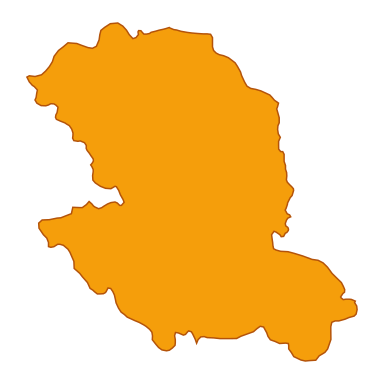 the district of Gomel, Gomel, Belarus
{"feature_id": "67162791B13261784360532", "entity_name": "Gomel", "entity_type": "district", "adm_level": 2, "iso_a3": "BLR", "parent_name": "Belarus", "parent_adm1": "Gomel", "projection": "albers", "projection_center": [30.956, 52.323], "detail": "fine", "context": "isolated", "style": "filled", "palette": "amber", "viewbox_px": 384, "rotation_deg": 0, "n_neighbors": 0, "source": "geoboundaries", "source_scale": "gbopen_adm2", "svg_char_len": 4054}
<svg xmlns="http://www.w3.org/2000/svg" viewBox="0 0 384 384"><path d="M169.3,27.5L165.8,28.6L163.2,29.3L159.0,30.2L155.6,31.2L151.1,32.3L149.5,33.5L146.4,34.1L143.9,34.1L142.3,32.4L140.9,30.7L138.6,30.6L138.0,31.9L138.4,34.6L136.0,37.6L132.9,38.6L129.2,34.6L126.5,30.2L122.8,26.1L117.8,23.0L110.3,23.7L104.6,27.4L100.9,30.4L99.8,34.8L99.1,39.9L96.4,46.3L92.4,48.3L88.0,47.6L81.2,45.2L76.8,43.5L68.0,42.8L63.3,46.8L58.5,50.5L54.1,56.3L52.4,61.7L49.3,66.7L45.6,71.1L41.5,74.8L35.1,76.5L29.3,75.8L26.9,77.1L27.0,77.3L29.3,81.9L32.3,85.3L34.3,86.6L37.4,90.0L36.7,93.4L36.1,97.5L35.0,100.0L36.9,103.2L41.1,105.6L45.8,105.8L48.4,105.0L50.8,103.7L53.9,103.9L55.8,105.0L58.0,107.2L57.1,112.5L55.9,114.9L55.5,117.3L56.4,119.3L60.4,121.1L64.9,122.9L66.7,124.1L69.3,125.6L71.7,129.1L73.0,133.1L72.9,136.0L72.6,138.1L73.8,140.6L77.9,141.3L80.2,140.9L84.5,142.7L86.3,145.5L86.2,148.4L87.1,150.4L89.3,153.2L91.0,155.8L93.2,158.9L93.4,161.1L92.1,163.3L90.7,164.9L91.8,166.5L93.2,169.5L93.2,171.7L92.6,175.7L92.9,180.1L95.3,182.9L100.4,186.3L105.5,188.3L110.9,188.7L113.3,187.3L115.0,186.3L116.4,186.7L118.7,190.4L120.4,194.8L123.1,199.6L124.1,202.3L121.4,205.4L119.7,205.4L117.3,203.0L115.0,202.0L110.9,202.6L107.5,204.0L103.7,206.3L101.7,207.7L98.6,208.7L94.9,207.0L93.5,206.0L91.8,203.9L89.1,201.5L86.4,204.6L82.3,207.6L79.6,207.6L72.8,207.3L71.4,213.7L68.7,214.7L60.8,217.8L57.1,218.1L49.3,219.7L42.1,220.0L38.7,223.1L39.0,228.2L43.4,234.7L46.8,238.1L48.5,242.5L48.5,246.6L50.8,247.3L53.9,246.7L57.7,244.3L60.0,244.3L63.4,245.3L67.9,249.1L69.9,252.2L73.9,261.4L74.2,268.5L79.7,273.3L82.4,276.8L87.5,282.6L90.1,288.4L92.8,290.1L94.5,291.7L97.3,293.9L100.2,293.9L103.4,293.7L105.4,292.6L106.1,291.7L108.0,288.0L110.7,288.5L112.8,291.5L114.4,295.0L115.4,299.4L116.1,302.9L118.5,308.1L121.1,312.1L124.4,314.5L127.2,317.1L134.8,320.6L139.2,322.4L143.6,324.8L146.0,326.3L149.7,329.4L151.9,332.2L152.5,335.9L152.3,339.7L155.8,344.2L158.6,347.5L161.9,349.9L166.5,350.8L169.4,350.2L172.4,348.0L175.0,345.4L175.3,342.9L175.3,339.7L174.6,335.7L175.5,332.5L178.3,332.9L183.4,335.1L185.5,334.4L187.3,332.2L188.6,330.9L191.4,331.8L192.8,334.2L195.2,339.2L196.6,343.2L198.1,339.6L200.8,336.9L204.2,336.6L207.2,337.6L213.7,337.9L220.1,338.6L229.9,338.6L236.6,338.5L241.0,336.2L248.8,333.4L253.5,331.7L256.9,328.7L260.2,326.3L263.6,327.0L266.7,332.7L268.0,336.4L270.4,339.8L275.2,341.5L279.6,343.5L285.6,343.1L288.3,343.5L288.7,345.5L288.7,348.9L291.4,352.6L293.8,356.6L300.9,360.0L305.3,361.0L309.4,360.6L315.8,360.2L319.2,355.8L324.9,352.4L327.6,349.0L330.9,339.5L330.8,331.1L330.8,326.7L331.8,322.3L335.2,320.9L338.9,320.9L345.0,319.2L349.0,317.5L354.1,316.1L356.1,314.1L357.1,309.7L356.7,306.0L354.6,302.6L355.3,301.1L351.3,299.4L349.1,299.2L346.0,299.2L343.2,299.6L341.2,297.9L340.6,297.0L342.9,293.5L344.5,292.2L344.7,289.6L343.3,286.3L341.4,282.6L337.6,278.9L332.1,273.5L327.5,267.2L323.1,262.9L318.1,260.3L312.0,259.4L302.8,256.0L294.3,253.4L288.0,251.7L280.6,251.3L276.0,250.0L273.6,248.7L272.9,245.4L272.7,242.8L272.0,238.0L271.6,234.7L274.0,231.3L276.1,232.1L279.9,234.7L281.2,236.7L283.6,236.4L285.3,233.2L286.8,232.5L288.3,230.5L288.5,229.2L287.9,227.5L285.7,225.8L285.3,223.4L286.6,219.9L287.9,218.1L290.7,216.8L289.6,214.9L287.2,213.8L285.2,210.1L286.1,208.3L287.4,204.4L287.6,202.9L290.2,197.7L292.1,195.5L293.6,190.5L293.4,188.7L291.6,186.6L289.7,184.8L287.3,182.2L286.4,179.9L286.8,175.9L286.6,172.5L285.5,169.2L285.5,165.5L284.1,161.4L284.1,157.3L284.1,154.3L282.7,151.6L280.7,151.6L278.7,149.2L278.6,145.8L278.6,141.4L280.3,137.3L278.3,133.9L277.6,129.5L277.9,125.8L279.2,122.8L279.2,117.7L277.7,112.3L276.7,108.9L277.5,106.9L278.5,103.1L274.4,100.2L272.4,97.8L269.8,95.0L267.0,93.7L260.9,90.9L255.9,89.4L250.7,88.4L247.0,86.2L244.6,82.1L241.6,75.6L240.5,71.9L237.5,66.5L235.1,62.8L231.2,59.8L228.4,57.7L223.6,55.7L219.3,54.7L216.2,53.1L213.6,50.5L212.5,46.9L212.5,42.1L212.5,37.6L210.6,34.3L207.3,33.9L203.4,33.9L197.6,33.5L191.8,33.0L187.2,32.4L181.0,31.3L176.6,30.0L173.8,29.6L169.7,27.9L169.3,27.5Z" fill="#f59e0b" stroke="#b45309" stroke-width="1.5"/></svg>